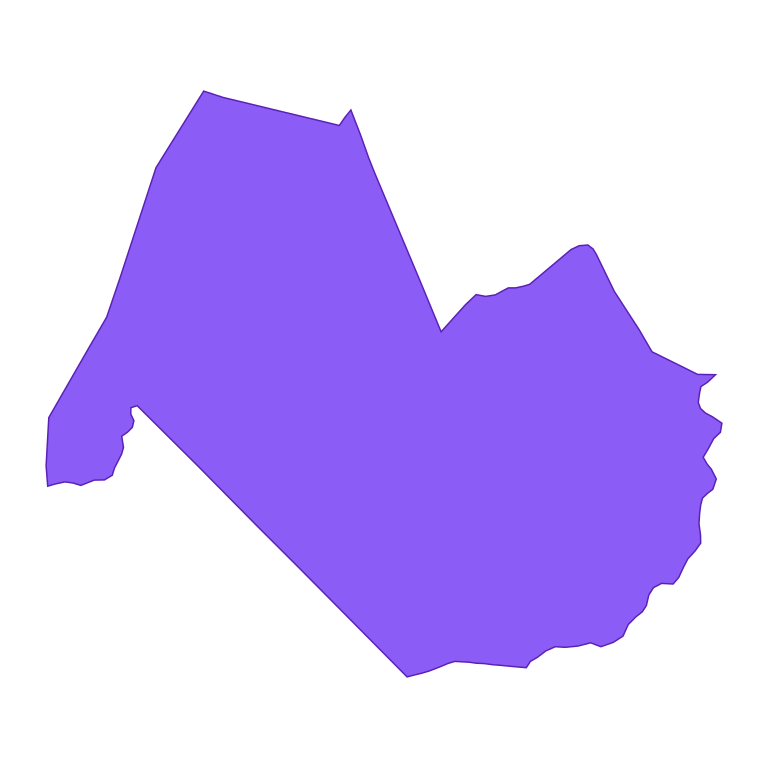 the district of Apuiarés, Ceará, Brazil
{"feature_id": "56859067B73937581953991", "entity_name": "Apuiarés", "entity_type": "district", "adm_level": 2, "iso_a3": "BRA", "parent_name": "Brazil", "parent_adm1": "Ceará", "projection": "orthographic", "projection_center": [-39.3, -3.96], "detail": "fine", "context": "isolated", "style": "filled", "palette": "violet", "viewbox_px": 768, "rotation_deg": 0, "n_neighbors": 0, "source": "geoboundaries", "source_scale": "gbopen_adm2", "svg_char_len": 1572}
<svg xmlns="http://www.w3.org/2000/svg" viewBox="0 0 768 768"><path d="M678.7,577.5L683.5,567.2L687.8,558.9L694.9,551.2L700.7,543.1L700.5,534.9L699.0,523.7L699.6,513.8L700.7,505.0L702.5,498.1L707.4,493.4L712.8,489.3L716.3,479.0L711.4,469.3L707.2,464.2L703.2,457.3L708.8,447.8L713.7,438.6L720.4,432.3L721.9,423.2L712.6,416.9L705.4,413.0L700.5,408.5L698.3,402.5L699.4,394.0L700.9,386.6L707.7,382.1L715.5,374.7L697.6,374.4L652.0,351.8L639.2,329.8L614.3,291.4L596.4,254.5L593.1,249.0L587.9,245.0L579.2,245.7L571.1,249.5L529.7,284.3L523.5,286.2L515.4,287.9L508.3,287.9L501.7,291.4L495.3,294.9L485.6,296.4L476.1,294.6L465.3,304.9L441.1,331.8L419.0,278.4L374.4,172.3L368.8,158.2L361.0,136.2L350.9,110.0L344.9,117.4L339.3,125.5L222.9,97.4L203.7,91.1L167.9,148.5L156.0,167.7L120.2,277.4L106.7,317.1L89.4,346.9L48.8,417.6L46.1,465.8L47.7,486.2L55.1,484.0L64.9,481.9L73.0,483.0L80.8,485.4L86.9,483.0L94.3,480.1L104.5,479.9L112.3,475.2L114.4,468.2L118.2,460.8L121.6,454.1L123.5,447.4L121.7,436.2L127.6,432.1L132.3,427.4L133.9,420.7L130.8,414.1L130.9,407.7L137.2,405.7L197.7,465.8L257.0,525.9L296.3,565.1L407.1,676.9L415.1,674.8L421.4,673.3L429.2,671.0L440.3,666.7L447.6,663.6L454.7,661.4L462.1,661.8L469.1,662.2L476.2,663.2L484.5,663.6L492.6,664.7L501.3,665.4L510.5,666.3L519.6,667.1L526.3,667.7L530.4,661.4L537.4,657.3L545.8,650.9L555.3,646.7L565.1,647.3L577.7,646.1L590.6,642.8L600.9,646.7L613.2,642.4L623.0,636.1L628.2,624.6L635.8,616.9L642.3,611.8L646.4,605.5L648.8,595.0L653.5,587.6L661.5,583.4L673.1,584.0L678.7,577.5Z" fill="#8b5cf6" stroke="#5b21b6" stroke-width="1.5"/></svg>